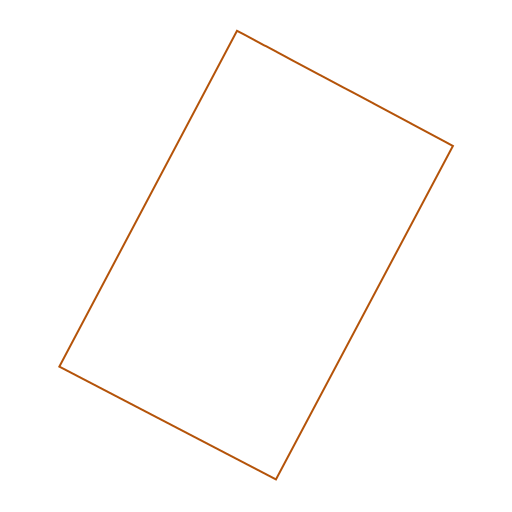 the district of Chase, Nebraska, United States of America, rotated 118°
{"feature_id": "52423323B38748584325831", "entity_name": "Chase", "entity_type": "district", "adm_level": 2, "iso_a3": "USA", "parent_name": "United States of America", "parent_adm1": "Nebraska", "projection": "equal_earth", "projection_center": [-101.923, 40.524], "detail": "fine", "context": "isolated", "style": "outline", "palette": "amber", "viewbox_px": 512, "rotation_deg": 118, "n_neighbors": 0, "source": "geoboundaries", "source_scale": "gbopen_adm2", "svg_char_len": 289}
<svg xmlns="http://www.w3.org/2000/svg" viewBox="0 0 512 512"><g transform="rotate(118 256 256)"><path d="M66.2,314.7L66.0,345.4L66.2,347.7L66.0,370.9L66.1,378.5L446.0,377.7L443.9,133.5L66.4,133.8L66.1,245.9L66.2,258.4L66.2,314.7Z" fill="none" stroke="#b45309" stroke-width="2"/></g></svg>